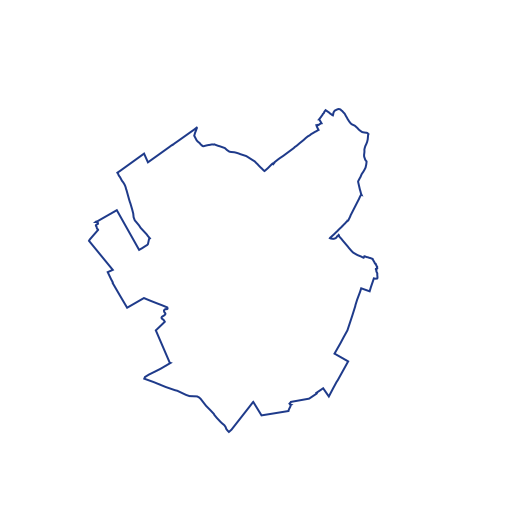 outline of Topolovatu Mare, Timis, Romania, rotated 49°
{"feature_id": "2599482B42995693955942", "entity_name": "Topolovatu Mare", "entity_type": "district", "adm_level": 2, "iso_a3": "ROU", "parent_name": "Romania", "parent_adm1": "Timis", "projection": "albers", "projection_center": [21.637, 45.789], "detail": "fine", "context": "isolated", "style": "outline", "palette": "blue", "viewbox_px": 512, "rotation_deg": 49, "n_neighbors": 0, "source": "geoboundaries", "source_scale": "gbopen_adm2", "svg_char_len": 6054}
<svg xmlns="http://www.w3.org/2000/svg" viewBox="0 0 512 512"><g transform="rotate(49 256 256)"><path d="M371.0,391.9L371.0,388.6L370.9,388.0L365.5,360.0L364.3,354.1L364.3,353.8L379.9,356.4L384.7,348.7L394.3,333.2L393.9,332.7L393.2,331.4L392.4,329.4L392.1,328.7L391.6,328.2L391.2,327.7L391.3,327.1L390.8,327.4L390.1,327.6L389.4,327.6L389.2,325.9L389.0,325.4L398.5,309.5L399.6,300.8L399.6,300.4L398.9,300.3L399.9,292.1L409.8,293.2L406.3,284.2L405.6,282.3L405.0,280.7L404.0,278.1L403.3,275.6L396.0,255.6L381.2,260.8L377.3,249.7L374.8,243.2L372.1,235.8L364.2,222.5L359.1,214.2L358.2,213.0L355.3,208.3L351.4,201.1L349.4,197.8L357.2,193.4L354.8,189.6L352.2,185.1L350.2,181.7L351.2,181.0L351.8,180.4L352.3,179.6L352.5,179.3L352.5,179.2L352.1,178.6L351.4,178.0L350.1,177.1L348.7,175.9L348.2,175.7L347.3,175.5L346.1,175.0L345.9,174.6L345.5,174.4L344.7,174.3L344.4,174.0L344.5,173.8L344.9,173.1L344.9,172.8L344.8,172.5L344.2,172.4L343.9,171.9L343.8,171.7L343.6,171.6L342.8,171.6L341.7,171.2L341.1,171.2L340.8,170.9L340.6,170.8L340.2,170.8L339.8,171.1L339.5,171.1L338.3,170.7L336.5,170.4L335.8,170.2L335.1,170.2L334.7,169.9L334.3,170.1L332.3,171.2L331.9,171.6L330.4,172.4L329.3,173.3L327.6,174.1L327.3,174.4L327.7,175.3L327.9,175.9L327.2,176.3L325.4,177.0L322.3,178.6L321.1,179.1L317.3,180.4L316.5,180.5L314.8,180.6L310.5,180.6L309.5,180.5L300.9,180.4L299.1,180.3L295.7,180.4L295.3,180.3L295.0,179.9L294.7,179.8L294.3,179.8L294.4,180.2L294.5,180.7L294.4,181.4L294.4,182.0L294.8,183.2L294.8,183.9L294.5,185.0L294.2,185.7L293.7,186.5L293.1,187.0L292.9,187.3L292.7,187.4L292.0,187.8L291.7,188.2L291.0,188.5L290.9,188.1L290.9,187.4L290.8,182.7L290.6,179.8L290.6,178.7L290.6,178.3L290.5,177.6L290.4,176.9L290.4,176.4L290.3,175.4L290.2,172.0L290.0,171.1L290.1,170.6L290.0,170.2L289.9,169.2L289.8,167.0L289.6,166.1L289.6,164.4L289.6,164.1L289.3,163.8L289.7,163.2L289.4,162.3L289.2,161.9L288.0,159.0L287.7,158.5L287.4,158.0L284.7,151.3L281.8,144.1L280.4,140.6L279.8,139.4L278.6,136.4L279.0,136.2L278.0,135.9L275.4,134.6L274.0,134.0L268.0,130.8L266.9,130.2L266.5,129.6L265.4,126.8L264.9,125.3L263.6,122.7L263.2,121.3L262.8,119.7L262.0,117.4L261.5,116.2L261.2,115.4L260.7,114.7L259.2,112.7L257.4,110.7L257.0,110.5L255.7,110.5L255.0,110.4L252.0,109.2L251.3,108.7L250.5,108.0L248.6,105.9L246.7,104.3L245.7,102.9L244.7,101.3L244.6,101.0L243.7,99.0L242.8,97.3L242.3,96.6L241.3,95.2L238.6,92.4L238.2,91.9L237.8,91.2L237.5,91.3L236.5,91.2L236.2,91.3L235.5,91.7L234.6,92.6L233.5,93.5L232.5,94.3L231.8,94.7L229.2,95.3L227.8,95.5L226.0,95.5L222.7,95.9L222.1,96.1L219.7,97.2L218.3,97.5L217.7,97.5L215.5,97.4L214.3,97.2L212.7,97.0L211.6,96.7L208.8,96.2L207.3,95.8L206.3,95.7L205.3,95.8L203.5,95.8L203.1,95.8L202.2,96.1L201.1,96.1L200.6,96.3L200.3,96.4L199.2,97.3L198.7,98.4L198.1,100.6L198.0,101.0L198.0,101.4L198.4,102.9L198.6,103.4L199.1,104.1L199.5,104.5L200.3,105.7L199.6,106.0L199.0,106.1L196.6,106.7L195.8,106.7L195.0,106.9L194.3,107.1L191.6,107.8L191.7,108.3L192.0,109.8L192.1,110.0L192.5,110.7L192.6,111.0L192.7,111.7L192.7,112.4L193.1,113.3L193.2,113.6L193.4,114.7L193.7,115.8L194.3,118.8L194.4,118.7L195.3,118.8L197.9,119.3L198.8,119.5L198.6,119.8L198.4,120.8L198.2,121.6L198.2,122.7L198.0,123.0L197.8,123.2L198.0,123.3L197.8,123.9L197.3,124.0L196.9,124.6L197.8,125.0L199.0,125.4L201.9,126.1L201.7,126.9L201.4,128.6L201.0,130.1L200.5,133.0L200.2,134.2L200.2,135.8L200.0,137.1L199.9,137.8L199.7,138.2L199.7,138.7L199.6,141.0L199.7,143.9L199.5,149.1L199.5,152.2L199.4,153.9L199.2,155.1L199.2,155.5L199.3,155.8L199.3,157.0L198.3,169.8L197.8,173.6L197.6,175.9L197.4,180.3L197.4,180.9L197.8,182.3L197.9,182.2L198.0,182.8L197.1,182.9L197.1,183.3L197.1,184.1L197.2,185.6L197.5,189.4L197.5,192.2L197.5,193.2L197.4,193.9L194.9,194.2L193.7,194.2L192.5,194.4L189.4,194.6L187.8,194.6L186.0,194.8L183.7,194.9L181.2,195.7L176.1,197.2L174.5,197.7L174.0,197.9L168.7,201.1L167.1,201.9L165.2,203.1L163.6,204.2L161.0,206.7L160.1,207.4L159.6,207.7L156.9,208.4L154.1,208.7L149.5,211.3L148.0,212.3L144.5,214.2L144.3,214.3L144.1,214.9L143.0,215.9L142.5,216.7L141.8,218.0L141.3,218.8L141.1,219.0L140.1,220.8L139.1,222.8L138.8,223.5L138.0,224.2L137.7,224.3L137.4,224.2L136.2,224.4L135.5,224.6L134.4,224.4L133.0,224.6L131.3,224.9L129.7,224.9L124.7,223.7L123.0,221.1L121.9,218.9L121.3,217.9L121.0,217.5L120.6,216.6L120.4,216.5L120.2,216.5L120.0,220.1L119.5,224.9L118.0,240.0L117.6,243.5L117.5,245.9L117.3,245.9L117.1,247.1L116.9,249.8L115.6,263.7L114.4,276.1L105.3,273.3L102.6,302.8L102.3,305.0L102.2,306.0L103.7,306.2L104.7,306.6L105.7,306.8L107.3,306.9L111.2,307.8L113.3,307.9L115.7,308.3L117.4,308.8L119.1,309.5L119.9,310.0L121.3,310.5L130.1,314.7L132.8,315.9L133.7,316.2L139.6,318.9L143.4,320.8L145.7,322.4L146.4,322.9L149.0,323.9L149.7,324.1L151.5,324.1L156.2,324.2L159.0,324.6L167.9,324.3L170.1,324.5L173.1,324.5L173.0,325.6L173.4,326.1L176.1,329.7L176.2,330.2L176.3,330.8L175.9,333.2L175.4,336.8L174.7,340.2L168.4,338.9L130.1,331.0L126.7,348.1L125.8,352.8L125.7,353.2L125.5,353.4L125.1,354.2L125.1,354.8L125.9,353.9L126.9,353.5L127.2,353.6L127.5,353.8L128.0,354.1L128.0,354.6L127.7,355.8L127.7,356.2L127.7,356.6L128.0,356.9L128.6,357.1L129.2,357.1L129.8,357.4L130.3,357.7L131.0,358.0L131.9,357.9L132.5,357.9L132.7,358.0L134.5,370.7L135.0,372.1L172.5,373.2L170.9,378.5L178.5,380.6L182.0,381.4L182.3,381.9L196.4,384.6L210.5,387.2L214.2,368.2L220.4,365.1L227.3,361.5L231.4,359.3L236.6,356.7L237.3,357.0L237.6,357.2L237.8,357.6L237.7,358.0L237.2,358.7L236.6,359.3L236.6,360.6L236.7,361.1L237.1,361.5L238.2,362.0L239.1,362.0L239.9,362.1L240.2,362.3L240.5,362.8L240.6,363.5L240.6,364.1L240.4,365.4L240.2,366.5L240.2,367.0L240.4,367.5L240.7,367.9L241.5,368.1L243.4,367.7L244.4,367.7L245.3,367.9L245.8,368.0L246.4,380.4L279.9,391.1L280.6,390.7L278.5,402.0L275.2,414.8L274.5,419.2L275.3,420.8L283.9,416.0L295.6,410.1L304.1,405.2L306.1,403.8L315.0,399.9L318.1,398.1L323.3,392.6L325.2,391.8L327.4,391.5L336.3,392.0L342.3,391.6L347.6,391.4L348.5,391.7L352.6,391.8L357.8,391.6L359.9,391.4L363.0,390.9L365.3,391.2L367.0,391.9L369.0,392.0L371.0,391.9Z" fill="none" stroke="#1e3a8a" stroke-width="2"/></g></svg>